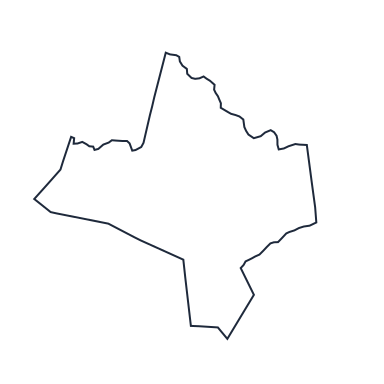 outline of Passira, Pernambuco, Brazil, rotated 43°
{"feature_id": "56859067B94485167726813", "entity_name": "Passira", "entity_type": "district", "adm_level": 2, "iso_a3": "BRA", "parent_name": "Brazil", "parent_adm1": "Pernambuco", "projection": "robinson", "projection_center": [-35.56, -8.013], "detail": "fine", "context": "isolated", "style": "outline", "palette": "slate", "viewbox_px": 384, "rotation_deg": 43, "n_neighbors": 0, "source": "geoboundaries", "source_scale": "gbopen_adm2", "svg_char_len": 1422}
<svg xmlns="http://www.w3.org/2000/svg" viewBox="0 0 384 384"><g transform="rotate(43 192 192)"><path d="M102.3,303.1L107.4,300.1L152.4,272.2L180.7,264.4L187.5,262.4L231.8,247.4L245.7,259.4L282.5,290.7L288.9,285.2L303.3,273.4L306.9,273.9L318.0,275.3L307.4,225.0L279.5,214.4L279.5,210.1L278.5,206.2L279.8,203.0L281.1,199.5L282.2,196.0L284.0,191.8L284.2,186.3L284.2,181.2L284.4,176.1L286.2,172.9L289.1,170.0L289.2,164.7L289.2,158.0L290.5,154.8L293.1,150.2L294.8,145.4L297.3,141.0L301.0,136.4L303.7,129.5L292.5,119.2L272.8,103.1L243.9,79.3L238.2,84.1L234.9,86.4L231.4,92.7L229.5,97.5L226.4,101.7L222.3,99.2L218.7,95.4L215.5,93.2L211.3,92.3L207.4,93.1L204.9,98.6L204.2,104.3L200.5,110.5L194.1,111.5L189.9,110.4L186.0,108.8L180.1,104.0L175.2,104.4L171.4,106.0L167.2,108.2L163.4,109.1L155.6,110.8L152.6,107.4L148.7,105.7L145.7,104.3L141.7,103.4L138.4,102.1L135.4,98.2L129.2,98.4L125.3,99.2L121.7,99.6L119.9,103.8L117.1,107.1L113.9,108.9L107.9,108.8L104.3,105.5L98.9,106.1L94.1,104.8L90.5,101.9L87.2,102.7L82.0,106.4L77.8,108.0L99.6,148.1L102.3,152.8L104.5,156.6L108.7,164.3L123.0,189.1L124.2,193.7L122.1,199.8L120.1,202.5L113.2,199.0L109.7,199.0L106.4,202.1L101.5,206.1L98.1,208.8L97.4,212.6L94.8,217.8L94.1,224.4L92.0,227.7L88.8,226.2L85.7,228.6L82.3,229.0L77.6,230.2L75.2,234.6L72.5,237.4L69.1,233.0L66.0,234.1L76.7,257.4L80.5,265.3L81.0,284.1L81.4,304.7L102.3,303.1Z" fill="none" stroke="#1e293b" stroke-width="2"/></g></svg>